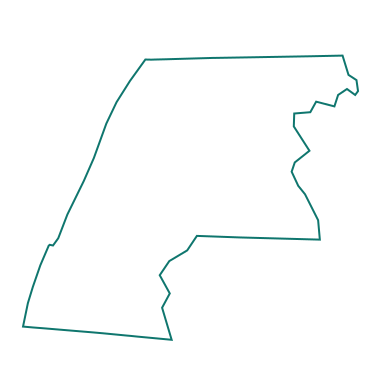 Worcester, Maryland, United States of America (orthographic projection), rotated 185°
{"feature_id": "52423323B30792684212291", "entity_name": "Worcester", "entity_type": "district", "adm_level": 2, "iso_a3": "USA", "parent_name": "United States of America", "parent_adm1": "Maryland", "projection": "orthographic", "projection_center": [-75.327, 38.223], "detail": "fine", "context": "isolated", "style": "outline", "palette": "teal", "viewbox_px": 384, "rotation_deg": 185, "n_neighbors": 0, "source": "geoboundaries", "source_scale": "gbopen_adm2", "svg_char_len": 907}
<svg xmlns="http://www.w3.org/2000/svg" viewBox="0 0 384 384"><g transform="rotate(185 192 192)"><path d="M53.9,341.0L85.3,337.6L144.2,331.4L180.6,327.6L181.9,327.5L229.1,322.0L240.7,320.7L243.9,320.3L250.0,319.9L263.5,297.2L275.0,274.9L283.3,252.7L292.3,218.9L292.7,217.4L300.7,193.7L314.2,158.7L321.2,134.3L325.8,126.6L326.7,126.7L329.1,127.0L330.1,126.0L330.1,125.9L336.7,105.8L342.3,83.5L345.8,67.0L348.6,43.2L346.7,43.2L346.2,43.2L340.5,43.2L339.7,43.2L337.9,43.2L327.8,43.3L301.1,43.4L278.9,43.5L268.8,43.5L244.5,43.3L240.6,43.3L234.2,43.2L199.4,43.0L211.7,74.1L205.3,89.0L216.9,106.3L208.6,121.2L191.7,133.4L183.3,148.7L140.4,150.9L60.5,155.7L63.9,174.9L79.2,199.6L86.7,207.4L94.5,220.9L92.2,230.4L78.6,243.3L96.3,266.2L97.0,279.1L81.1,281.8L76.2,292.8L57.6,289.7L54.9,301.4L46.6,308.1L37.9,302.9L35.4,307.0L37.9,317.8L46.3,322.3L53.9,341.0Z" fill="none" stroke="#0f766e" stroke-width="2"/></g></svg>